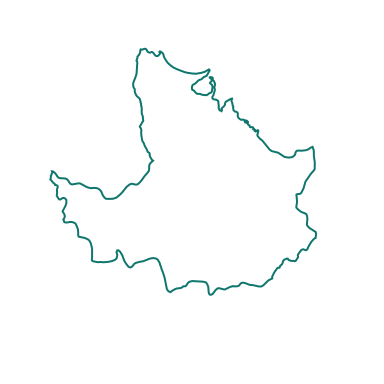 the district of Nacala-A-Velha, Nampula, Mozambique, rotated 303°
{"feature_id": "85939544B78261911608408", "entity_name": "Nacala-A-Velha", "entity_type": "district", "adm_level": 2, "iso_a3": "MOZ", "parent_name": "Mozambique", "parent_adm1": "Nampula", "projection": "mercator", "projection_center": [40.472, -14.556], "detail": "fine", "context": "isolated", "style": "outline", "palette": "teal", "viewbox_px": 384, "rotation_deg": 303, "n_neighbors": 0, "source": "geoboundaries", "source_scale": "gbopen_adm2", "svg_char_len": 6023}
<svg xmlns="http://www.w3.org/2000/svg" viewBox="0 0 384 384"><g transform="rotate(303 192 192)"><path d="M133.1,63.3L132.2,64.2L128.7,64.9L126.6,66.0L125.5,66.3L125.2,66.7L125.1,67.8L124.3,69.8L123.9,72.8L123.3,73.3L124.0,74.9L123.8,76.0L122.9,76.8L121.7,77.0L120.0,77.7L118.1,79.2L115.2,80.6L114.9,81.2L113.6,84.0L113.5,84.6L114.0,85.7L116.5,86.8L117.1,87.6L117.4,88.4L117.4,89.6L116.8,91.0L114.2,92.7L111.5,93.4L105.3,94.0L104.9,94.6L104.0,96.8L102.4,98.6L100.3,99.1L98.8,99.1L98.4,100.0L97.3,101.1L97.2,101.5L97.9,103.2L99.4,105.0L100.2,105.7L101.5,107.8L101.9,109.1L102.1,111.1L101.7,112.3L98.7,116.5L96.1,118.6L93.6,120.2L93.0,121.0L92.9,121.5L95.1,127.2L95.6,130.9L95.3,132.5L93.8,135.2L89.9,139.2L82.0,144.3L80.4,145.0L80.1,145.5L79.9,146.3L81.3,150.0L82.1,151.7L83.1,152.8L84.8,155.9L87.5,159.5L90.6,162.6L91.9,163.5L93.4,164.5L95.3,164.9L98.0,163.9L99.0,163.2L100.5,161.4L102.3,161.1L103.0,162.0L102.7,164.4L100.9,168.1L97.8,172.1L96.1,175.4L94.7,179.5L94.9,180.7L95.3,181.6L96.5,182.2L97.4,182.5L100.2,182.7L101.3,183.1L102.8,184.2L105.3,186.5L107.5,188.9L113.0,192.8L114.3,194.1L115.7,195.8L116.6,198.2L116.6,199.9L116.3,200.8L114.9,203.5L113.3,205.3L111.7,207.6L111.2,207.9L108.9,211.2L105.2,215.7L96.8,223.9L95.9,226.4L96.3,228.5L98.3,229.1L101.6,230.9L102.8,231.8L105.2,234.7L106.1,235.4L108.0,236.1L108.6,236.5L109.2,237.7L109.9,238.1L114.1,238.2L115.8,239.1L117.5,240.8L122.7,249.9L123.5,251.8L123.7,253.0L122.9,255.1L121.2,257.4L117.1,260.5L115.9,261.9L115.7,263.1L116.2,264.0L117.8,264.9L122.8,265.2L125.2,266.0L126.2,267.4L127.8,272.2L128.4,272.8L132.7,275.4L134.6,276.9L135.4,277.7L135.4,278.1L137.2,280.8L138.5,282.2L142.2,282.8L143.3,283.6L143.8,284.2L144.6,286.4L145.6,291.1L147.2,294.1L149.1,299.4L150.5,301.6L152.7,302.7L159.5,304.2L163.2,306.4L163.9,305.8L165.0,305.3L169.6,304.8L174.7,305.0L175.9,306.0L175.9,306.3L176.2,306.6L178.1,306.2L180.3,306.8L181.2,306.8L183.9,306.0L185.4,306.2L187.1,307.3L188.2,308.4L188.1,309.2L187.7,309.8L188.0,312.0L188.8,313.7L189.6,314.7L189.9,315.9L190.7,316.5L194.6,316.5L195.5,316.3L196.4,315.3L197.3,314.9L202.8,315.2L204.1,316.0L204.6,316.6L205.0,318.7L205.2,319.2L205.8,319.7L207.0,319.9L209.7,319.4L215.0,319.2L218.6,319.7L220.1,320.2L220.8,320.7L224.6,318.8L225.8,317.6L225.8,310.0L226.4,307.5L227.1,306.2L232.8,303.1L234.9,301.1L235.7,300.0L235.5,297.6L234.9,295.3L234.8,293.3L235.2,289.9L235.7,288.1L236.2,287.6L240.8,285.6L246.7,281.0L247.5,281.4L249.3,283.6L250.6,284.1L255.7,283.6L262.5,281.5L272.1,281.8L276.8,282.5L278.0,282.4L283.5,279.0L288.7,274.5L293.2,271.5L295.5,268.5L293.4,267.1L292.4,266.9L291.1,266.3L289.2,264.9L286.3,261.4L284.6,258.5L283.9,257.7L283.0,257.3L281.7,257.3L279.3,258.1L277.0,257.6L275.6,256.8L273.9,254.8L273.1,253.6L271.8,250.3L271.9,243.0L269.7,236.5L269.9,233.8L273.4,223.1L273.7,219.8L274.7,216.6L275.4,215.7L278.5,214.8L279.4,214.3L279.7,213.9L279.7,213.5L279.4,213.3L277.5,212.6L277.3,211.6L277.5,211.4L278.2,211.4L278.4,211.1L277.8,209.5L278.0,209.1L278.9,209.2L279.0,208.4L279.4,207.8L279.0,206.8L278.3,206.1L278.1,205.2L279.2,203.9L279.0,202.9L279.6,201.3L279.8,199.9L279.3,198.7L279.9,197.7L280.2,197.4L280.5,197.6L280.7,198.2L280.5,199.6L280.7,200.3L280.3,200.8L280.5,201.0L281.0,201.0L281.3,200.8L281.6,199.4L281.4,198.3L280.9,197.4L280.7,195.9L280.5,195.3L279.7,194.5L279.2,193.4L279.4,190.8L280.4,189.1L282.5,187.9L283.3,187.0L283.5,185.7L282.8,184.1L283.3,182.2L285.0,180.6L286.3,180.0L286.5,179.1L287.8,178.1L290.0,175.5L290.9,174.9L292.0,175.0L292.2,174.8L291.6,174.1L289.9,173.1L286.1,171.2L284.8,171.3L283.1,172.1L282.5,172.2L280.4,171.9L278.3,171.3L277.9,171.4L277.1,172.5L275.9,172.7L275.9,171.7L275.6,171.1L275.7,170.3L277.1,168.5L278.0,167.9L278.7,167.7L281.3,165.4L282.2,164.9L282.6,164.3L282.6,162.0L281.4,159.4L281.7,158.1L282.1,157.7L282.9,157.3L284.9,157.2L289.5,155.8L290.4,155.4L291.5,154.0L295.1,152.6L296.9,150.2L297.2,148.5L298.9,147.3L299.1,146.6L298.6,145.1L297.9,144.4L297.6,144.5L297.4,146.3L296.9,147.6L296.2,148.0L293.3,147.6L292.9,148.4L292.8,150.3L291.5,151.9L287.3,153.8L286.7,154.0L285.3,153.6L284.0,152.6L282.5,152.2L281.1,151.5L280.5,150.2L279.8,149.3L278.8,146.6L278.8,145.6L277.1,142.7L277.2,141.5L278.2,138.1L277.8,136.7L278.5,135.8L280.1,134.7L281.7,134.3L282.4,134.4L284.6,135.6L288.5,136.5L289.9,137.0L291.7,138.5L294.8,139.3L297.4,141.0L303.5,140.6L304.1,139.9L304.0,139.4L300.0,137.4L297.2,135.1L293.1,130.7L292.8,129.8L291.4,127.5L289.6,123.4L288.6,120.8L287.4,115.4L286.7,111.9L286.3,108.1L286.5,104.9L287.0,101.9L287.4,100.4L289.2,96.4L290.8,94.0L291.8,93.1L292.2,92.5L292.7,90.7L292.5,88.5L292.0,88.3L291.6,88.5L291.0,89.6L290.5,89.8L288.2,89.5L287.5,89.2L286.9,88.6L286.5,87.8L286.6,87.0L286.9,85.5L287.7,83.6L287.7,82.4L287.4,81.8L286.1,81.0L285.8,80.6L285.4,78.9L285.8,77.7L286.7,76.2L286.7,74.9L286.0,73.9L284.0,72.5L283.7,71.3L282.4,71.6L280.7,72.6L280.1,72.7L277.7,72.8L275.8,72.5L274.8,73.2L272.5,73.7L271.8,74.0L271.6,74.8L270.5,75.8L261.1,81.0L259.4,81.6L251.2,83.4L249.1,84.8L247.8,86.2L247.2,87.7L246.5,88.4L245.0,89.3L243.6,91.1L242.4,93.3L241.8,97.1L241.5,97.7L239.9,99.5L239.0,100.0L238.5,101.1L236.9,102.1L236.2,103.2L235.7,103.4L233.9,105.0L232.7,105.5L230.4,107.2L228.1,110.1L226.8,110.8L225.4,112.2L224.7,112.4L223.0,112.3L221.1,112.5L218.6,112.5L218.1,113.1L217.7,114.2L216.1,116.0L214.6,116.7L212.1,118.5L208.2,122.1L207.3,123.4L207.0,124.5L204.9,127.3L203.2,130.7L201.6,132.9L201.5,135.1L200.7,136.0L199.7,136.5L198.4,138.3L197.2,140.8L197.1,142.3L193.6,141.4L191.3,141.5L187.3,143.9L186.1,144.3L183.7,144.2L179.9,143.6L173.7,143.3L169.9,142.6L168.4,141.9L167.2,140.1L166.5,137.8L166.0,136.9L164.4,135.6L160.4,134.3L154.4,133.8L150.8,133.1L146.0,131.6L143.2,129.3L140.2,124.9L139.4,123.2L139.7,121.5L140.6,119.1L142.8,115.9L143.5,114.1L143.8,112.1L143.4,110.0L141.9,107.3L140.2,105.3L139.2,102.5L138.8,100.9L138.6,97.3L138.2,93.4L137.2,91.8L133.1,87.4L132.7,86.5L132.8,84.9L134.2,81.8L134.6,80.2L134.4,78.5L131.8,73.9L131.4,72.7L131.6,70.7L132.4,69.3L133.3,66.7L133.5,64.5L133.1,63.3Z" fill="none" stroke="#0f766e" stroke-width="2"/></g></svg>